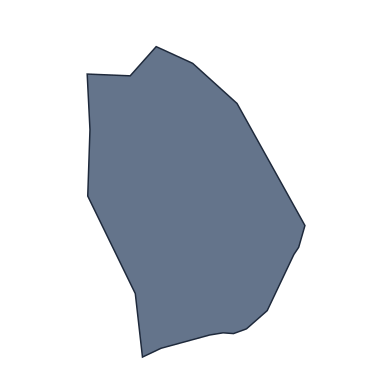 an SVG outline of South Tyneside, rotated 77°
{"feature_id": "GBR-5663", "entity_name": "South Tyneside", "entity_type": "Metropolitan Borough", "adm_level": 1, "iso_a3": "GBR", "parent_name": "United Kingdom", "parent_adm1": "", "projection": "robinson", "projection_center": [-1.427, 54.955], "detail": "fine", "context": "isolated", "style": "filled", "palette": "slate", "viewbox_px": 384, "rotation_deg": 77, "n_neighbors": 0, "source": "natural_earth", "source_scale": "10m", "svg_char_len": 392}
<svg xmlns="http://www.w3.org/2000/svg" viewBox="0 0 384 384"><g transform="rotate(77 192 192)"><path d="M250.1,89.5L269.9,100.5L275.8,106.8L324.5,145.4L337.6,169.7L339.3,183.4L336.2,193.4L335.3,207.1L337.3,257.4L341.7,277.4L278.2,270.1L172.5,294.5L108.3,277.4L53.5,267.6L64.9,226.1L42.3,194.2L66.8,162.4L115.9,128.2L250.1,89.5Z" fill="#64748b" stroke="#1e293b" stroke-width="1.5"/></g></svg>